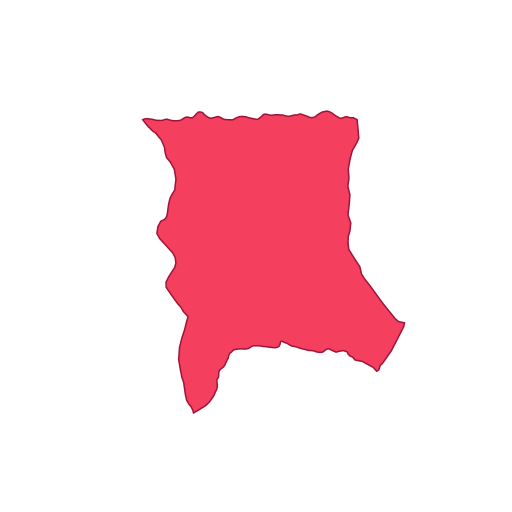 Narang, Mongar, Bhutan, rotated 118°
{"feature_id": "84629894B39157233132648", "entity_name": "Narang", "entity_type": "district", "adm_level": 2, "iso_a3": "BTN", "parent_name": "Bhutan", "parent_adm1": "Mongar", "projection": "robinson", "projection_center": [91.434, 27.301], "detail": "fine", "context": "isolated", "style": "filled", "palette": "rose", "viewbox_px": 512, "rotation_deg": 118, "n_neighbors": 0, "source": "geoboundaries", "source_scale": "gbopen_adm2", "svg_char_len": 3838}
<svg xmlns="http://www.w3.org/2000/svg" viewBox="0 0 512 512"><g transform="rotate(118 256 256)"><path d="M88.1,230.8L88.2,232.9L88.2,235.0L89.0,236.3L89.9,238.6L90.3,240.7L90.8,242.1L91.9,243.1L94.4,245.3L95.0,246.8L94.8,248.9L94.8,252.0L94.2,255.2L94.1,257.7L94.3,259.7L94.8,261.5L96.2,263.2L98.0,265.3L100.4,266.8L102.5,268.0L105.6,269.3L107.1,270.9L108.3,273.0L108.5,275.5L108.9,278.3L109.5,282.4L109.9,283.9L112.0,285.7L113.1,287.7L114.3,289.3L115.7,290.7L117.5,292.9L118.3,295.3L119.0,298.7L120.1,300.8L121.2,303.5L122.6,305.7L124.8,309.0L125.3,310.7L125.6,312.1L126.0,313.6L126.8,315.1L127.8,316.0L130.0,316.5L132.4,317.6L134.4,318.6L135.2,319.8L135.8,322.0L136.2,323.4L137.2,326.7L137.9,330.4L139.4,334.1L140.6,335.8L142.8,337.9L145.1,339.5L146.4,340.2L147.3,341.5L148.6,344.4L149.5,346.1L150.5,349.0L150.3,352.0L150.4,354.2L151.2,355.7L154.1,358.8L155.6,360.5L156.0,362.6L155.9,365.4L155.5,367.6L154.6,369.9L154.6,371.7L155.2,373.1L155.9,374.4L158.2,375.3L161.2,376.0L163.7,377.0L164.7,378.6L164.9,379.9L165.5,381.7L166.5,383.3L169.0,384.9L170.9,385.8L172.7,387.7L174.1,390.1L175.0,391.6L176.0,394.2L176.7,397.4L177.0,398.7L177.7,400.0L180.0,402.1L181.2,404.0L181.9,405.5L183.2,408.3L183.8,411.1L185.0,414.4L186.1,417.1L187.5,419.0L188.9,420.0L190.9,415.4L192.5,411.5L194.1,406.1L194.5,402.5L198.1,393.9L203.0,387.8L207.6,384.6L211.2,381.0L213.2,375.9L217.8,368.8L226.0,362.6L231.2,360.7L235.7,358.7L241.4,359.1L245.6,359.0L252.1,357.2L259.6,354.4L262.9,353.4L266.4,353.8L270.1,356.4L276.1,356.4L282.6,354.1L285.8,349.3L287.9,343.4L290.4,336.4L292.4,330.9L295.4,326.5L300.1,323.3L304.7,322.4L309.7,322.9L315.5,323.3L321.2,323.2L325.8,320.6L330.2,312.3L334.9,302.7L336.5,298.2L339.2,294.0L340.5,290.2L341.5,287.5L345.5,286.7L348.8,285.9L355.2,284.3L363.0,283.0L372.4,280.7L383.7,275.7L392.0,269.3L398.0,264.4L401.7,260.4L405.6,257.6L411.5,253.3L415.8,249.6L418.3,245.8L419.5,242.7L421.8,239.4L423.9,237.5L421.7,236.1L420.3,235.2L418.5,234.1L417.6,233.6L416.6,233.1L415.3,232.3L414.4,231.7L412.3,230.5L410.6,229.8L409.5,229.5L407.2,228.7L404.8,228.3L403.6,228.2L402.1,228.0L400.4,227.8L398.4,227.7L397.2,227.8L395.2,228.0L394.1,228.1L393.1,228.0L391.8,228.2L389.7,228.8L387.8,229.7L385.7,231.3L384.4,232.1L383.4,232.5L382.2,232.4L380.5,232.2L379.1,232.8L378.0,233.3L377.0,233.9L375.9,234.3L374.1,234.5L372.6,234.2L371.0,233.4L370.0,232.9L368.8,232.6L367.2,232.3L365.7,232.5L364.4,232.5L362.7,232.6L361.3,232.7L359.3,232.6L358.1,232.9L356.6,233.4L354.3,233.5L353.3,233.0L352.2,232.5L350.9,232.2L349.3,231.6L348.5,230.7L347.5,229.4L346.6,228.3L345.8,227.0L344.9,225.4L344.4,224.3L343.9,223.2L343.4,222.2L342.7,221.2L341.5,219.5L340.2,218.6L338.9,217.9L337.2,216.9L336.3,215.8L335.7,214.7L334.7,212.8L334.0,211.5L333.5,210.2L333.0,208.9L332.4,206.8L331.8,205.5L331.2,204.2L330.6,202.4L330.1,201.1L329.4,199.3L328.5,197.0L327.4,195.2L325.8,193.7L324.6,193.2L322.4,193.4L321.3,193.8L319.9,194.0L319.0,193.0L319.0,191.9L318.9,189.6L318.5,188.1L318.7,185.4L318.8,183.9L318.7,182.4L318.4,181.1L318.0,179.9L317.3,177.6L317.1,176.0L316.8,174.1L316.5,172.6L316.2,171.4L315.2,167.8L314.9,165.8L314.3,164.4L313.6,163.0L312.5,160.0L312.4,158.0L311.5,155.3L310.9,154.0L310.1,152.7L308.8,151.5L306.4,150.6L305.0,149.7L303.8,148.2L303.5,142.5L303.3,140.2L300.6,137.3L298.4,134.2L297.9,130.2L299.3,128.8L300.2,126.0L299.9,123.2L301.3,119.8L300.0,115.0L299.2,113.0L299.2,110.1L299.3,105.1L299.3,100.2L301.1,95.4L299.0,94.1L297.5,94.4L294.5,94.9L290.8,93.8L276.3,92.0L249.1,92.4L245.3,93.5L247.0,99.6L245.9,103.9L238.1,122.2L228.3,142.3L225.0,149.9L222.4,154.3L216.7,159.3L212.3,167.4L206.7,177.1L201.2,180.9L195.6,183.7L189.5,184.9L182.4,187.8L176.5,194.1L166.5,198.0L157.9,201.8L151.1,207.8L143.9,210.3L136.0,215.3L126.0,218.5L117.5,220.5L108.2,220.2L103.8,220.5L96.2,225.4L88.1,230.8Z" fill="#f43f5e" stroke="#9f1239" stroke-width="1.5"/></g></svg>